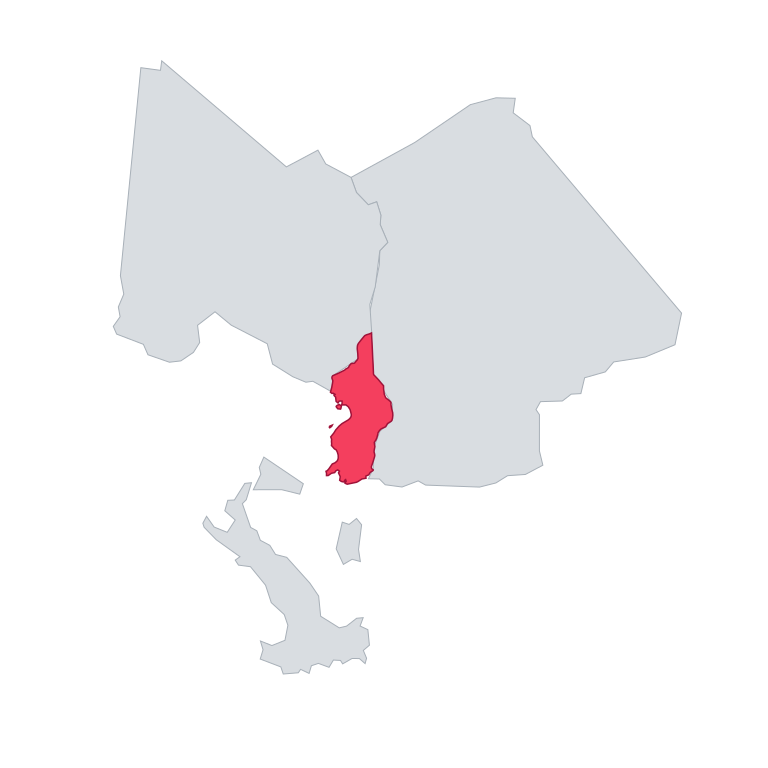 Tunisia highlighted among its neighbors, rotated 188°
{"feature_id": "TUN", "entity_name": "Tunisia", "entity_type": "country or territory", "adm_level": 0, "iso_a3": "TUN", "parent_name": "Africa", "parent_adm1": "", "projection": "equal_earth", "projection_center": [9.904, 33.785], "detail": "fine", "context": "with_neighbors", "style": "filled", "palette": "rose", "viewbox_px": 768, "rotation_deg": 188, "n_neighbors": 3, "source": "natural_earth", "source_scale": "50m", "svg_char_len": 4597}
<svg xmlns="http://www.w3.org/2000/svg" viewBox="0 0 768 768"><g transform="rotate(188 384 384)"><path d="M99.2,495.6L101.3,463.4L129.0,447.1L159.6,437.8L166.5,426.8L186.2,418.1L187.7,401.9L197.2,400.0L205.0,392.0L226.6,388.3L229.9,379.8L225.8,375.2L220.8,339.4L215.4,325.7L231.4,314.1L248.9,310.4L259.4,301.6L275.1,295.2L328.7,289.7L336.7,292.8L351.8,284.5L368.8,284.4L375.3,289.3L386.2,288.0L382.9,298.8L385.3,319.1L381.4,336.7L371.3,348.6L372.6,364.9L396.0,391.8L408.2,450.5L405.2,501.3L406.7,515.4L400.0,524.8L409.9,541.2L410.6,550.8L416.6,563.4L424.5,559.3L437.9,569.8L445.4,584.0L387.1,627.5L337.3,672.7L312.9,683.0L293.8,685.2L293.8,670.5L275.4,660.2L271.5,649.4L99.2,495.6Z" fill="#d9dde1" stroke="#a8b0b8" stroke-width="1"/><path d="M417.9,87.0L426.9,89.8L428.7,86.1L443.4,82.8L446.8,89.5L468.3,94.4L466.8,104.0L470.6,112.3L458.6,109.4L446.4,116.4L445.6,131.7L450.7,141.8L465.2,151.8L473.3,168.3L490.8,184.5L502.9,184.4L506.8,188.9L502.6,192.9L528.4,206.4L542.2,217.1L544.0,220.9L541.3,228.3L532.3,218.7L518.6,215.3L512.4,228.6L524.0,236.3L522.5,247.1L516.0,248.3L508.0,266.2L501.5,267.8L504.3,250.2L507.6,245.8L496.1,223.4L489.5,220.9L484.7,212.0L474.6,208.3L467.7,200.1L456.2,198.8L429.7,176.5L419.2,164.9L414.4,145.2L394.4,136.3L387.4,139.0L378.5,148.2L372.1,149.7L374.0,141.0L365.8,138.5L362.1,123.3L367.4,117.3L363.1,110.0L363.8,104.5L370.2,108.7L377.5,107.7L386.0,101.1L388.6,104.2L395.7,103.6L399.0,95.8L410.1,98.2L416.7,94.9L417.9,87.0ZM470.6,265.1L498.7,261.1L493.4,277.5L495.9,284.0L492.8,294.9L450.0,274.0L452.1,263.2L470.6,265.1ZM391.2,206.0L399.1,199.7L408.4,214.1L406.1,241.4L399.0,240.1L392.5,247.0L386.6,241.5L386.2,216.6L382.7,204.9L391.2,206.0Z" fill="#d9dde1" stroke="#a8b0b8" stroke-width="1"/><path d="M660.1,454.6L668.8,663.4L649.0,663.5L649.1,673.1L510.9,585.4L482.0,606.4L472.3,593.8L445.4,584.0L437.9,569.8L424.5,559.3L416.6,563.4L410.6,550.8L409.9,541.2L400.0,524.8L406.7,515.4L406.2,478.9L409.1,460.8L402.9,431.1L410.9,426.0L410.6,407.6L434.8,386.0L435.6,369.3L454.8,376.8L461.6,374.9L475.3,378.5L497.1,388.2L505.2,407.6L543.5,421.0L561.4,432.0L576.8,416.2L572.3,399.4L577.1,388.8L588.4,378.6L599.5,375.7L621.8,380.1L627.8,389.8L655.7,396.2L660.1,403.4L654.7,413.9L657.8,423.3L654.2,436.8L660.1,454.6Z" fill="#d9dde1" stroke="#a8b0b8" stroke-width="1"/><path d="M435.9,368.4L435.8,368.9L435.3,373.0L435.2,374.5L435.1,377.0L435.1,380.0L436.4,382.6L436.5,383.7L436.0,385.0L433.6,386.5L430.5,388.4L427.8,390.3L424.9,392.3L424.0,393.5L422.6,394.5L421.4,395.5L421.2,396.5L420.3,398.3L419.2,399.8L416.4,400.4L415.9,400.9L414.6,403.1L414.0,403.9L413.3,405.7L414.2,410.4L415.4,415.1L415.6,417.1L415.6,418.8L415.0,420.6L413.5,423.2L412.4,425.1L410.3,428.5L409.7,429.3L408.2,430.3L405.4,431.6L403.5,432.8L402.5,427.6L401.6,423.2L400.9,419.5L399.7,413.1L398.7,407.7L397.6,402.3L396.7,397.4L395.8,392.4L395.4,391.7L392.5,389.4L389.9,387.3L387.2,384.8L384.2,382.2L383.7,378.9L382.3,373.9L380.7,371.1L380.1,370.4L376.9,368.6L375.0,367.3L374.5,366.5L374.2,364.5L372.9,360.4L371.4,356.8L370.9,354.3L370.8,351.2L371.1,349.0L371.8,348.0L375.0,345.3L376.4,341.9L378.2,340.7L379.8,339.7L381.1,338.6L382.2,336.9L383.1,335.0L383.2,332.9L383.6,329.7L384.2,327.5L385.5,324.9L385.0,322.9L384.3,320.7L384.5,316.9L384.4,315.3L383.8,314.0L383.2,312.2L383.2,310.7L383.8,306.9L384.3,304.0L385.0,300.2L384.7,299.1L384.2,298.3L382.7,297.5L382.7,297.0L383.1,296.5L385.3,294.6L386.5,291.9L387.5,291.3L389.1,290.4L389.0,289.3L388.7,288.2L392.6,286.9L396.4,283.6L397.7,282.8L406.4,279.7L407.5,279.9L408.8,280.4L408.4,281.5L407.9,282.4L408.7,284.0L409.7,283.0L409.4,282.4L409.4,281.5L411.2,281.4L412.8,281.6L414.5,282.5L414.4,286.1L416.7,289.7L416.0,291.5L417.9,292.5L419.6,291.3L420.5,289.4L423.6,288.3L426.5,285.6L428.2,285.3L428.5,287.6L429.3,289.5L428.2,290.2L426.8,292.3L424.1,297.6L421.6,299.1L419.8,301.1L419.2,302.6L419.0,304.3L419.5,307.3L420.9,310.4L422.4,312.3L424.0,312.8L427.5,315.8L427.5,317.5L428.0,319.6L428.2,322.1L429.4,324.2L426.8,328.6L425.4,331.8L422.5,336.2L420.0,339.0L414.6,343.3L413.3,344.7L412.4,346.2L412.0,347.7L412.2,349.5L414.0,353.9L416.3,356.6L418.8,358.0L423.0,357.4L422.8,359.1L423.1,361.2L424.8,361.1L426.0,360.8L426.9,358.8L429.0,360.1L430.1,364.3L431.8,365.6L432.0,366.1L431.4,366.4L431.0,366.9L431.5,367.2L433.2,367.8L434.2,367.4L435.9,368.4ZM426.9,356.7L426.5,356.8L425.7,357.4L425.3,357.5L424.1,356.8L423.7,356.8L423.1,356.3L423.3,353.8L423.5,353.1L426.3,353.0L427.9,354.5L428.2,354.9L428.2,355.3L427.5,356.2L426.9,356.7ZM432.0,334.6L429.5,336.1L430.0,334.7L431.6,333.1L432.1,333.5L432.0,334.6Z" fill="#f43f5e" stroke="#9f1239" stroke-width="1.5"/></g></svg>